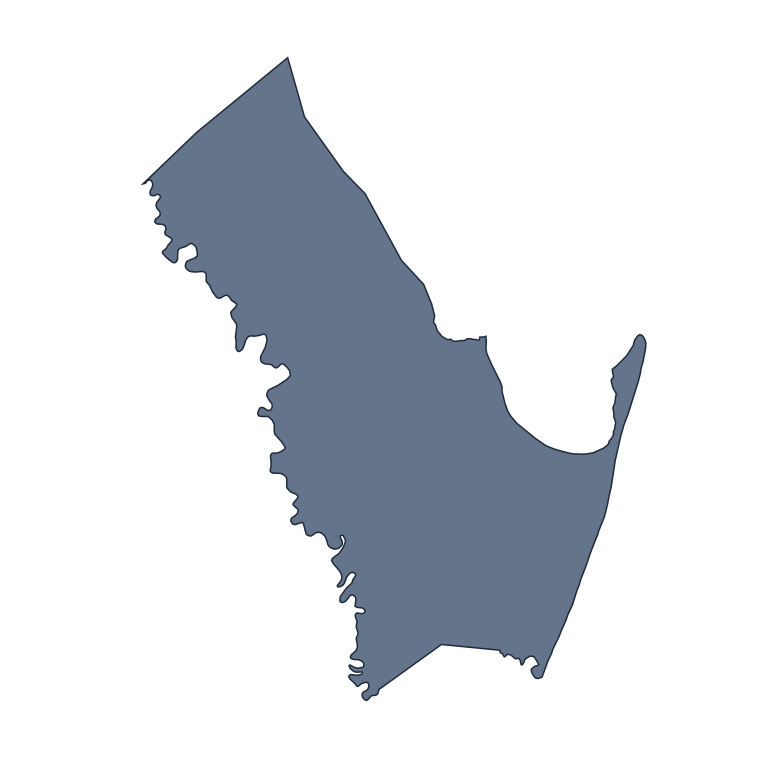 the district of Trujillo, Colón, Honduras, rotated 95°
{"feature_id": "27666195B42436933929514", "entity_name": "Trujillo", "entity_type": "district", "adm_level": 2, "iso_a3": "HND", "parent_name": "Honduras", "parent_adm1": "Colón", "projection": "albers", "projection_center": [-85.893, 15.828], "detail": "fine", "context": "isolated", "style": "filled", "palette": "slate", "viewbox_px": 768, "rotation_deg": 95, "n_neighbors": 0, "source": "geoboundaries", "source_scale": "gbopen_adm2", "svg_char_len": 6169}
<svg xmlns="http://www.w3.org/2000/svg" viewBox="0 0 768 768"><g transform="rotate(95 384 384)"><path d="M662.3,201.0L645.5,196.5L637.5,193.5L633.8,192.8L620.0,187.5L613.4,185.6L603.8,182.2L598.0,180.8L587.6,177.0L572.3,173.7L567.7,172.2L562.4,171.2L546.9,166.7L534.2,163.6L518.6,159.1L516.2,158.1L511.6,157.3L497.6,153.0L484.7,150.9L475.9,150.0L466.8,148.7L440.1,147.0L415.1,143.6L403.8,141.4L392.5,138.2L359.3,130.9L350.6,129.5L346.9,129.4L339.1,127.9L325.5,126.5L320.2,126.7L316.5,128.3L313.6,130.5L312.8,131.6L312.6,133.6L313.7,135.2L317.2,137.5L320.1,138.5L324.0,139.1L335.1,145.0L345.0,153.3L349.5,157.9L353.6,157.0L356.3,155.8L360.4,158.1L367.5,155.8L373.8,151.6L375.1,152.0L382.7,152.4L388.0,153.9L392.8,152.5L396.8,152.2L401.8,149.8L409.6,150.5L411.4,151.3L413.3,151.0L415.2,151.2L418.8,152.9L421.2,154.7L423.9,155.1L425.7,156.3L428.7,159.6L433.8,168.6L434.5,170.3L436.4,177.9L437.1,188.8L436.8,193.0L435.6,200.4L434.1,208.2L432.4,214.1L431.1,217.7L424.9,228.7L411.6,248.2L405.2,254.7L400.9,258.0L393.0,261.7L381.3,265.7L376.1,266.3L371.3,268.6L356.2,277.9L344.6,284.3L339.9,285.5L332.5,285.8L327.6,286.6L328.5,288.8L328.9,292.6L331.9,293.2L332.3,293.7L331.6,296.6L331.9,298.4L331.3,301.5L331.5,304.2L331.9,305.4L333.7,307.6L334.1,311.7L335.3,316.0L335.0,319.8L333.5,321.3L334.3,324.4L332.1,329.4L331.1,330.8L326.1,335.7L320.8,337.8L318.2,340.1L311.6,339.5L300.1,343.5L281.3,353.2L259.3,377.4L196.1,419.4L175.7,443.0L125.0,486.4L67.3,508.4L149.5,592.4L205.6,641.5L204.8,639.1L202.3,637.7L201.7,636.8L201.2,635.2L201.3,633.8L204.0,632.1L205.7,631.6L208.8,632.3L212.2,633.7L214.3,633.8L215.7,633.2L216.5,632.2L216.6,630.6L216.2,628.9L214.9,626.7L214.8,625.5L215.4,624.0L216.5,623.2L218.0,623.1L223.1,626.3L225.8,626.7L228.8,625.5L232.1,622.2L234.9,621.7L236.5,622.5L239.6,625.9L241.1,626.5L242.5,626.5L243.4,625.7L244.4,623.8L244.2,618.8L245.3,616.2L247.9,614.7L252.3,615.6L254.0,615.0L254.7,614.0L257.2,608.8L258.5,607.9L260.4,608.1L264.4,611.2L267.7,612.6L271.1,616.0L272.2,616.2L273.1,616.0L277.4,611.3L280.2,607.0L281.5,604.5L281.4,602.9L280.5,601.7L279.0,600.8L276.9,600.6L269.3,601.0L266.8,599.5L264.4,593.8L260.7,588.7L261.0,587.3L262.5,584.8L263.8,583.4L265.5,582.6L269.4,581.5L272.7,581.1L275.1,583.6L278.2,589.9L279.3,591.2L281.0,591.9L283.4,592.2L284.8,592.0L286.1,591.1L288.1,588.8L288.9,586.0L288.9,581.7L287.7,574.7L288.3,572.3L289.1,571.3L290.4,570.6L296.3,570.2L297.6,569.8L300.9,566.4L307.0,563.0L312.2,558.4L312.9,556.8L312.7,554.6L309.6,550.0L309.2,548.1L310.8,545.7L314.0,543.2L316.4,538.8L317.4,537.8L318.4,537.8L320.1,538.4L324.9,542.3L326.5,542.9L331.4,541.1L336.6,536.5L337.6,536.0L340.6,535.7L350.0,536.1L354.7,535.0L360.8,534.6L363.3,533.5L364.2,532.1L364.2,530.9L363.1,529.5L361.3,527.9L358.9,527.0L352.3,525.5L349.9,524.3L348.5,523.0L347.6,520.7L347.7,517.9L347.4,516.0L346.2,511.6L344.8,508.5L344.8,507.5L345.4,506.3L346.1,505.8L349.1,504.6L351.2,504.4L357.5,505.4L367.3,509.2L370.1,509.2L372.4,508.3L373.5,506.8L374.3,504.4L374.4,498.1L376.9,494.7L377.3,493.3L377.2,492.1L376.5,491.1L373.2,488.5L372.7,486.2L375.9,481.9L379.1,479.2L383.2,478.1L384.6,478.6L386.6,480.1L388.5,481.9L394.3,489.1L399.6,497.9L401.4,499.1L404.1,499.8L406.2,499.6L410.7,496.6L413.5,493.9L416.6,493.3L418.9,494.1L420.2,495.6L420.6,497.2L418.1,502.2L418.1,504.7L418.7,505.4L420.2,506.3L423.6,507.2L425.4,507.0L426.7,505.7L427.0,503.7L426.5,496.5L429.6,492.4L433.7,489.8L440.7,489.2L443.6,488.3L450.2,481.3L454.1,478.1L456.2,476.8L457.6,477.4L460.7,481.2L462.2,484.8L462.5,488.6L463.1,489.7L464.0,490.5L465.8,490.8L470.3,489.9L475.2,489.4L480.3,489.9L481.8,488.7L482.5,487.3L482.0,479.9L482.7,477.2L484.0,474.7L485.5,473.3L487.4,472.5L494.9,472.0L496.4,471.3L499.6,467.6L501.7,461.6L503.0,460.2L504.1,459.9L505.4,460.3L510.0,463.6L511.6,464.2L512.7,463.8L516.2,458.9L517.4,458.4L519.6,458.7L521.0,459.5L522.6,460.8L525.4,464.2L526.9,464.9L528.7,464.9L531.4,462.8L531.8,461.6L531.7,459.8L529.1,454.0L529.3,453.0L530.4,452.0L540.3,448.5L541.1,447.5L541.7,445.7L541.9,444.0L541.5,442.9L538.4,439.2L537.7,437.8L537.4,435.5L538.0,433.1L540.7,429.6L543.7,427.9L548.8,425.9L550.2,424.9L551.6,423.1L552.8,419.7L552.6,417.7L551.7,414.9L548.2,412.0L546.6,411.6L544.9,411.7L542.9,412.6L540.4,414.4L539.6,414.5L538.9,414.1L538.3,412.7L538.6,411.5L542.2,409.2L543.8,408.7L545.7,409.0L549.5,410.2L553.9,412.3L557.4,414.6L559.8,417.7L562.6,420.4L564.4,420.8L567.6,418.6L573.5,412.6L576.2,410.5L578.0,409.7L580.2,409.2L582.2,409.2L585.3,410.6L588.2,412.7L589.4,412.9L590.2,412.2L589.8,410.0L587.6,407.0L584.6,405.6L579.7,404.4L576.6,402.4L575.2,401.0L574.4,399.6L574.5,398.2L575.3,396.5L576.6,395.4L577.7,395.7L581.1,397.7L584.9,398.6L590.8,403.8L599.6,409.0L603.3,409.2L604.6,408.6L605.2,407.7L605.4,406.7L604.5,404.3L603.0,402.7L597.8,399.4L597.0,398.1L596.9,396.9L598.2,394.4L599.7,393.5L601.5,393.2L607.9,393.5L608.9,391.5L609.0,386.2L610.1,384.1L611.4,383.1L613.1,383.3L614.4,384.7L614.8,386.0L614.4,390.4L614.9,391.7L616.1,392.4L617.9,392.4L622.9,390.2L628.6,390.5L633.9,388.2L636.6,388.3L638.2,389.1L640.2,389.5L646.4,387.8L648.5,387.6L652.0,388.7L656.9,393.1L659.0,393.8L660.0,393.2L660.9,391.0L661.1,389.5L660.8,385.7L661.7,382.2L663.7,380.1L665.3,379.6L666.8,379.6L668.0,380.3L669.5,385.3L668.7,389.4L667.0,392.9L667.1,393.9L667.9,394.3L670.4,392.7L672.9,389.4L673.5,386.4L672.7,380.7L673.7,380.3L675.0,381.0L675.9,382.9L676.6,386.7L676.3,391.9L677.4,393.2L678.5,393.7L680.9,392.2L684.7,387.1L687.1,385.1L687.6,384.2L687.3,383.2L684.6,380.6L682.9,376.8L682.8,374.8L683.6,373.5L686.3,372.7L688.9,373.2L691.1,375.1L692.8,377.9L694.3,378.6L696.4,378.7L699.0,377.2L700.5,375.1L700.7,373.6L699.9,372.6L695.6,369.2L694.8,365.1L694.0,364.0L693.1,363.2L689.0,362.3L687.7,361.6L687.4,360.8L638.5,304.1L639.1,245.4L639.6,244.9L641.2,245.0L641.8,244.3L642.3,242.6L645.3,240.5L645.2,240.0L642.8,237.7L642.4,236.2L643.3,233.4L646.3,229.2L645.7,226.6L645.8,225.6L647.4,224.2L651.2,223.1L651.9,222.5L651.5,221.7L650.4,220.9L646.3,219.6L645.3,218.9L642.4,214.9L642.3,212.5L642.9,210.7L643.9,209.6L649.8,205.5L651.2,206.7L652.0,209.2L655.1,212.3L656.5,212.4L658.9,211.5L662.6,208.8L663.9,207.0L663.9,204.5L662.3,201.0Z" fill="#64748b" stroke="#1e293b" stroke-width="1.5"/></g></svg>